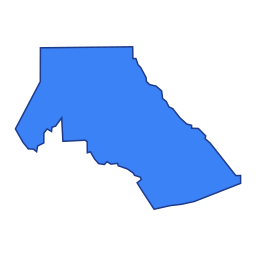 Clinton, Pennsylvania, United States of America (Albers equal-area conic projection)
{"feature_id": "52423323B29093736959677", "entity_name": "Clinton", "entity_type": "district", "adm_level": 2, "iso_a3": "USA", "parent_name": "United States of America", "parent_adm1": "Pennsylvania", "projection": "albers", "projection_center": [-77.638, 41.221], "detail": "fine", "context": "isolated", "style": "filled", "palette": "blue", "viewbox_px": 256, "rotation_deg": 0, "n_neighbors": 0, "source": "geoboundaries", "source_scale": "gbopen_adm2", "svg_char_len": 875}
<svg xmlns="http://www.w3.org/2000/svg" viewBox="0 0 256 256"><path d="M40.4,47.8L40.3,81.6L15.4,128.9L23.0,142.3L28.3,148.9L33.3,149.1L36.6,151.7L37.6,146.0L43.8,142.9L43.9,133.1L47.1,128.9L51.5,131.5L52.0,127.3L55.6,126.1L61.7,117.8L62.9,141.3L85.2,140.2L87.2,141.7L87.3,152.8L90.4,151.8L94.5,158.9L98.6,163.6L104.4,164.5L107.1,161.7L110.9,164.1L117.4,163.4L118.3,165.8L127.1,168.8L133.4,173.1L134.5,175.3L140.2,177.1L141.4,179.4L137.1,182.8L142.1,190.8L152.7,207.1L154.1,209.2L170.3,205.6L181.4,204.3L194.2,201.5L240.6,183.3L240.6,175.5L235.8,175.6L210.1,143.0L205.1,138.7L205.7,135.9L198.4,128.5L191.6,128.2L191.6,125.3L186.7,124.0L179.9,117.8L172.7,108.6L168.9,106.9L166.3,101.5L162.6,98.5L161.6,90.9L156.1,86.1L149.6,84.6L146.5,81.6L146.0,77.4L140.7,67.5L138.0,64.7L135.9,58.5L132.9,58.6L132.7,46.8L40.4,47.8Z" fill="#3b82f6" stroke="#1e3a8a" stroke-width="1.5"/></svg>